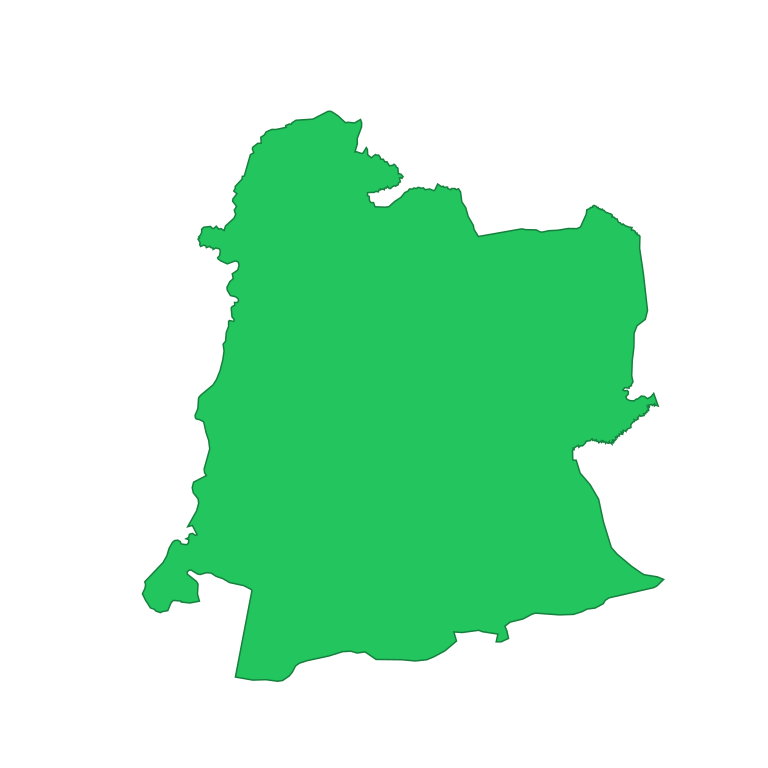 Bang Mun Nak, Phichit, Thailand, rotated 347°
{"feature_id": "78962969B44850282674557", "entity_name": "Bang Mun Nak", "entity_type": "district", "adm_level": 2, "iso_a3": "THA", "parent_name": "Thailand", "parent_adm1": "Phichit", "projection": "albers", "projection_center": [100.449, 16.044], "detail": "fine", "context": "isolated", "style": "filled", "palette": "green", "viewbox_px": 768, "rotation_deg": 347, "n_neighbors": 0, "source": "geoboundaries", "source_scale": "gbopen_adm2", "svg_char_len": 6171}
<svg xmlns="http://www.w3.org/2000/svg" viewBox="0 0 768 768"><g transform="rotate(347 384 384)"><path d="M620.9,259.8L619.2,264.1L610.8,275.2L606.9,276.0L598.4,273.9L588.1,273.3L579.0,271.7L572.3,271.6L570.3,270.9L567.0,268.1L556.9,265.5L553.0,263.8L509.1,261.5L506.5,253.6L506.7,249.5L503.7,239.6L503.3,230.5L500.8,224.0L501.8,214.1L500.5,210.5L498.1,210.9L497.3,209.6L493.7,208.7L492.5,209.7L490.2,207.9L490.2,206.4L486.9,205.9L486.2,204.6L484.4,204.7L481.3,201.2L477.1,206.5L476.1,206.9L472.3,204.2L467.7,203.9L466.5,201.7L464.6,201.8L462.3,200.3L461.0,200.1L459.8,200.8L457.0,199.7L455.7,200.5L452.6,199.7L450.6,201.5L447.4,202.1L442.6,205.9L435.4,208.6L428.7,212.3L425.0,212.0L415.1,209.3L414.6,204.9L411.9,204.2L411.1,201.9L411.8,197.9L410.3,196.7L411.1,193.8L417.7,195.1L419.1,194.5L421.8,195.5L422.5,194.0L423.8,194.1L424.3,193.0L425.4,194.0L426.9,193.8L428.0,194.8L428.6,193.4L430.4,193.6L431.8,192.2L433.0,194.6L434.4,195.0L436.7,193.6L439.1,193.1L439.7,193.9L442.7,193.0L443.3,191.5L445.4,190.7L445.4,186.8L446.2,186.5L447.7,187.7L449.2,186.3L448.0,183.8L446.2,182.4L445.2,182.5L446.1,176.8L444.6,175.2L444.5,173.7L443.1,172.1L441.7,172.9L438.3,172.5L436.9,168.2L434.7,167.6L433.9,164.8L431.3,164.3L431.3,162.2L430.2,159.7L428.5,159.5L427.3,158.5L422.4,160.7L419.7,156.9L420.6,151.6L419.9,149.7L415.4,154.4L413.7,154.2L409.1,151.3L407.9,151.3L412.1,143.9L413.0,139.0L419.9,128.6L421.0,124.5L420.6,121.0L413.9,123.0L408.2,121.0L405.1,120.6L399.7,112.6L396.1,108.7L393.7,106.4L390.9,105.7L374.2,109.9L357.6,107.2L353.1,108.8L352.2,110.0L350.0,109.4L346.3,110.1L346.4,111.9L336.0,111.7L332.0,110.7L326.0,111.8L323.3,114.5L319.5,115.8L318.5,121.8L315.1,121.1L309.2,123.9L308.6,125.6L309.1,129.4L305.4,130.5L294.6,150.0L292.6,149.8L291.8,152.4L283.5,158.0L283.0,160.0L281.0,162.2L283.5,165.5L278.5,169.6L277.6,171.8L280.3,177.8L277.2,180.9L277.6,185.5L275.1,188.7L265.1,194.4L262.7,198.5L260.1,195.9L257.8,195.9L256.1,192.5L253.1,194.2L251.7,193.7L250.5,191.5L243.6,190.7L241.1,192.2L240.4,195.4L238.5,197.7L236.4,199.1L237.1,200.3L235.4,201.0L236.6,205.0L235.8,206.7L236.2,208.7L239.6,208.2L241.4,209.3L241.6,211.2L245.2,210.6L245.6,211.9L248.0,213.3L247.8,214.5L250.6,213.6L254.0,215.2L254.4,217.5L252.8,221.8L250.3,223.5L250.4,224.7L252.5,227.2L258.3,231.7L266.8,230.6L269.4,232.3L269.5,235.7L267.1,240.1L260.9,242.5L260.8,247.4L256.8,249.6L252.7,254.5L252.4,257.4L254.3,263.3L259.2,265.7L261.0,268.1L260.9,270.3L259.6,271.6L256.7,270.9L256.2,273.8L253.4,274.4L252.2,275.5L251.0,284.5L252.3,286.8L252.3,288.7L251.5,289.2L247.8,287.4L246.7,287.9L245.5,293.0L242.0,298.1L239.2,306.7L236.2,309.0L235.6,315.8L232.5,323.9L227.2,334.2L221.9,341.8L217.3,346.4L202.5,353.9L200.2,355.8L197.1,366.1L192.9,372.0L192.6,374.3L193.2,375.8L196.3,377.3L199.8,380.3L199.7,391.4L200.5,399.6L199.6,408.0L189.6,426.4L189.2,430.2L190.4,433.2L176.4,436.8L173.8,441.9L173.7,447.1L177.0,454.1L176.6,458.5L172.9,465.4L160.6,478.9L165.5,478.7L168.0,488.8L166.2,489.1L163.8,486.5L160.7,486.6L159.1,489.6L156.3,490.3L158.8,491.8L157.6,495.1L155.5,496.2L150.4,494.2L150.0,491.7L148.0,489.8L144.8,489.4L142.3,490.7L137.6,495.8L133.8,502.5L128.6,508.2L106.4,522.9L106.6,525.7L105.2,529.2L101.4,534.1L103.0,541.0L106.1,549.7L109.4,551.7L110.7,554.0L114.9,556.5L116.6,555.9L122.3,556.2L127.5,549.0L130.1,547.5L137.3,549.8L137.3,550.8L145.5,553.7L155.3,554.1L155.0,546.7L157.8,537.1L156.8,534.1L149.7,525.2L150.0,522.7L152.6,521.5L154.4,522.1L159.6,527.2L162.0,528.3L168.3,527.9L173.0,529.3L177.1,533.6L183.2,537.4L188.8,542.7L202.0,548.9L208.4,554.3L208.8,555.7L173.3,636.1L189.6,643.0L202.3,645.5L213.5,649.7L218.5,650.1L226.0,647.2L229.9,644.1L234.3,638.9L238.6,637.0L247.0,636.3L269.2,636.6L283.6,635.5L291.6,636.9L297.3,640.1L305.3,640.8L314.3,650.6L339.1,656.6L352.2,660.9L363.7,662.3L371.3,661.0L383.3,657.7L396.8,650.8L396.3,641.3L404.1,643.7L420.9,645.3L424.2,647.5L438.7,653.3L435.3,660.5L440.1,661.6L448.1,659.9L448.2,651.8L447.3,647.2L453.3,644.4L466.6,644.2L475.9,641.7L479.9,641.3L502.9,648.4L516.7,651.1L525.7,650.4L531.3,649.0L539.3,649.8L548.2,647.4L550.9,644.6L555.1,643.0L601.0,643.1L604.4,642.2L612.5,637.3L607.0,633.4L594.5,628.3L591.9,625.8L584.2,617.3L572.7,602.0L568.7,594.4L566.8,567.7L567.2,544.6L562.2,528.5L555.1,515.0L554.1,501.5L551.1,500.8L551.1,499.2L552.9,490.7L554.4,490.8L553.9,489.2L554.9,489.6L555.5,488.8L559.5,487.5L559.6,489.5L561.6,488.4L563.7,488.9L567.2,486.6L567.8,485.3L572.3,485.6L574.4,484.3L574.8,486.0L576.2,485.9L576.8,486.9L578.2,486.1L578.5,487.9L580.0,488.2L580.1,489.6L582.0,488.6L582.8,489.8L583.6,488.1L584.6,488.5L584.6,490.0L586.1,489.7L586.6,491.7L587.5,490.7L588.8,492.0L590.4,490.9L589.9,492.2L591.5,492.3L592.6,493.9L592.9,492.1L594.2,493.0L594.8,492.4L594.0,490.1L595.3,490.2L595.7,491.3L597.7,490.2L597.7,487.8L599.3,488.7L599.5,487.2L601.7,487.6L602.0,485.5L605.0,486.6L604.3,484.3L606.1,485.3L606.5,482.9L609.1,484.7L609.2,483.6L610.4,483.6L610.9,482.6L614.8,482.0L615.4,479.1L618.1,477.0L619.6,476.9L619.8,474.9L621.4,476.0L623.9,475.2L623.3,473.7L624.9,473.2L625.9,471.9L626.9,473.2L630.4,473.2L630.3,471.3L632.3,471.8L632.6,470.8L633.8,470.6L633.9,469.5L635.1,469.7L636.2,469.0L635.6,467.7L636.4,467.1L635.7,465.9L637.2,466.3L637.7,465.4L636.4,464.1L639.9,464.1L640.7,465.3L643.1,464.2L642.6,466.2L643.9,465.7L646.2,467.1L644.7,453.8L641.5,456.3L637.5,457.6L635.0,454.7L632.0,453.6L627.5,455.8L626.6,455.4L623.8,456.7L619.9,455.5L617.3,453.6L616.8,450.7L619.5,449.1L620.4,446.5L619.5,445.0L616.8,444.7L615.4,443.6L617.7,441.7L621.9,443.2L622.2,441.8L624.7,441.3L625.1,439.9L627.1,438.0L627.2,431.8L631.2,416.9L635.8,404.3L639.1,390.8L643.6,384.2L653.1,379.8L657.3,371.7L661.6,334.6L663.6,309.3L666.6,297.6L666.0,296.4L664.1,295.4L664.6,294.0L663.0,293.3L663.1,291.8L661.1,289.9L660.0,290.0L659.7,289.0L660.9,287.3L658.4,286.4L654.6,284.0L652.9,281.8L652.1,282.4L650.7,281.1L650.6,280.2L648.8,279.2L648.2,275.6L647.3,275.5L645.4,273.0L643.6,272.5L644.5,270.9L643.6,269.6L638.7,266.5L637.2,264.1L636.0,263.8L636.1,262.8L634.1,262.7L634.0,262.0L632.6,261.4L632.5,260.3L631.2,260.2L631.0,258.9L628.8,257.2L627.3,257.7L627.1,258.7L624.7,258.5L623.9,259.4L620.9,259.8Z" fill="#22c55e" stroke="#15803d" stroke-width="1.5"/></g></svg>